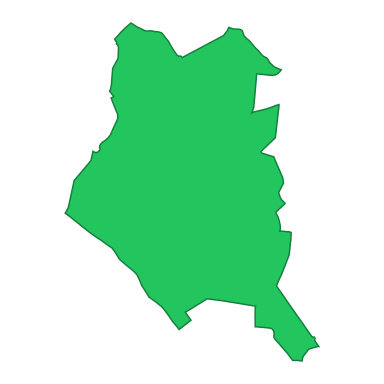 6e Arrondissement, Analamanga, Madagascar
{"feature_id": "10022922B53755400100934", "entity_name": "6e Arrondissement", "entity_type": "district", "adm_level": 2, "iso_a3": "MDG", "parent_name": "Madagascar", "parent_adm1": "Analamanga", "projection": "orthographic", "projection_center": [47.5, -18.868], "detail": "fine", "context": "isolated", "style": "filled", "palette": "green", "viewbox_px": 384, "rotation_deg": 0, "n_neighbors": 0, "source": "geoboundaries", "source_scale": "gbopen_adm2", "svg_char_len": 4933}
<svg xmlns="http://www.w3.org/2000/svg" viewBox="0 0 384 384"><path d="M318.8,346.5L315.0,341.1L314.9,340.6L314.9,340.1L314.7,339.7L314.8,339.2L314.9,338.7L315.1,338.4L314.5,337.6L314.2,337.1L313.9,337.2L313.6,337.2L313.2,337.1L312.5,336.9L311.8,336.4L311.5,336.1L311.4,335.9L310.6,334.8L309.2,332.8L308.9,332.3L307.3,330.2L305.3,327.2L305.0,326.8L303.7,324.8L302.3,322.9L301.1,321.2L300.0,319.7L297.5,316.2L295.1,312.7L292.4,308.9L290.0,305.4L286.1,299.8L283.7,296.3L282.9,295.1L278.5,288.8L276.3,285.6L276.7,285.0L276.9,284.8L278.4,281.2L280.5,276.5L282.0,273.3L283.1,270.5L284.3,267.5L286.1,262.8L287.9,258.3L289.2,254.7L289.7,250.1L290.2,245.0L290.4,243.1L290.5,242.3L290.9,239.3L290.9,236.4L291.1,234.8L291.2,233.4L291.1,232.5L290.6,232.1L288.5,231.7L286.4,231.7L284.5,231.4L282.0,231.1L280.7,231.2L280.0,231.2L279.8,231.2L280.1,230.1L280.3,228.9L280.3,227.5L280.3,226.4L280.2,225.4L279.8,223.5L279.2,220.7L278.7,219.1L278.2,217.3L277.8,216.4L277.0,215.1L276.5,214.1L276.1,213.5L276.0,213.0L276.0,212.5L276.1,212.1L276.5,211.6L277.2,211.0L278.9,209.3L281.9,206.6L282.3,206.2L283.3,205.3L284.4,204.2L284.9,203.8L285.0,203.6L285.0,203.3L284.9,203.1L284.8,202.9L283.8,201.9L282.8,201.0L281.8,200.0L281.1,199.1L280.7,198.2L280.0,196.7L279.7,196.2L279.7,195.7L279.0,193.7L278.7,192.4L283.5,183.3L283.2,180.7L282.8,177.9L273.7,156.8L261.5,153.0L261.0,151.5L261.6,150.9L275.3,137.8L278.9,106.7L278.9,106.1L279.0,104.6L275.3,105.6L273.6,106.5L265.7,109.1L259.6,110.6L253.2,112.1L251.8,112.8L253.8,107.2L256.7,73.8L268.1,75.0L268.4,75.1L269.1,75.2L269.9,75.3L271.4,75.3L272.8,75.3L274.0,75.1L275.0,74.9L275.7,74.7L276.5,74.4L277.1,74.1L277.5,73.8L278.0,73.4L278.8,72.6L279.6,71.9L280.2,71.2L280.4,71.0L281.2,69.8L279.1,69.0L276.3,67.8L274.2,66.7L273.1,65.9L271.8,64.6L270.4,63.3L269.4,62.2L269.0,61.4L268.1,59.7L267.4,58.6L266.5,57.8L264.7,57.0L263.2,56.1L261.9,54.9L260.0,52.7L259.3,51.7L258.0,50.3L255.9,48.4L253.6,45.8L251.8,43.6L249.9,41.3L249.3,40.8L248.3,39.8L247.2,39.0L245.8,37.7L244.6,36.4L243.8,35.3L243.3,34.0L242.9,32.4L242.5,31.3L241.9,30.4L241.0,29.8L240.0,29.4L238.9,29.2L237.8,29.1L236.2,29.1L234.6,29.0L233.7,28.9L233.3,29.0L232.6,28.7L231.6,28.4L231.4,28.3L228.9,27.4L228.5,27.9L228.3,28.2L228.2,28.5L228.1,29.1L227.9,29.5L227.5,30.2L227.2,30.8L226.8,31.3L223.5,35.6L182.3,57.5L181.0,56.2L179.5,56.1L178.2,55.9L176.8,54.9L175.6,53.0L174.2,51.1L171.2,46.3L170.3,44.8L168.7,41.6L166.0,38.4L165.1,37.3L163.9,35.6L162.7,34.0L162.1,33.3L161.2,32.7L158.2,31.8L154.3,31.5L152.0,30.9L149.5,30.8L147.3,31.2L144.3,30.4L141.3,28.9L137.8,27.3L136.1,26.3L133.4,24.5L132.0,23.7L131.3,23.3L131.0,23.2L130.8,23.0L129.7,24.1L128.4,25.2L127.4,26.0L125.8,27.4L124.1,29.1L121.9,31.2L120.9,32.2L119.1,34.3L117.7,35.9L116.0,37.7L115.0,38.8L114.6,39.2L115.1,40.1L116.4,41.7L116.6,44.3L117.7,44.7L118.5,47.7L118.1,57.6L118.1,58.2L112.7,68.3L111.3,85.9L111.0,87.0L110.6,88.8L110.2,89.9L109.5,91.0L110.0,91.8L110.5,92.4L111.3,93.3L112.0,94.2L113.2,95.6L113.8,96.4L112.0,97.6L111.1,98.0L113.3,103.6L115.4,109.0L117.4,113.7L117.5,113.9L117.9,118.3L113.7,127.4L110.2,135.3L107.9,138.0L105.4,140.3L102.4,142.2L101.0,143.8L99.8,145.5L99.6,147.2L99.5,147.8L100.1,148.7L99.9,149.5L99.8,149.8L99.5,150.3L99.2,150.7L99.0,151.0L98.6,151.4L98.3,151.7L97.9,152.0L97.3,152.2L97.0,152.4L96.5,152.5L96.1,152.6L95.6,152.6L95.3,152.4L94.6,152.3L93.7,151.7L93.0,151.3L92.3,154.6L91.5,157.9L91.3,158.8L91.2,159.7L91.2,160.3L74.2,180.5L68.2,208.0L65.2,213.2L70.0,216.7L76.3,221.8L84.4,228.3L91.6,233.9L97.4,237.9L100.6,239.9L107.1,244.7L112.0,248.0L115.6,252.9L118.7,258.0L120.5,260.3L123.7,263.0L126.8,265.6L133.5,271.1L137.1,274.9L138.9,278.7L140.2,281.7L141.7,285.4L146.7,293.3L148.9,297.0L156.3,302.3L157.7,303.5L161.7,306.7L165.1,310.8L168.3,315.1L172.4,321.2L176.9,326.6L179.1,329.5L181.0,328.0L191.0,320.2L185.2,312.1L187.8,310.8L207.2,298.8L221.3,300.6L222.1,300.7L255.3,306.1L255.5,306.1L255.2,308.0L255.2,309.8L255.1,312.5L255.1,315.8L255.2,319.8L255.2,322.6L255.2,324.2L255.2,325.8L255.2,326.8L257.3,326.9L258.7,327.0L259.7,327.1L260.1,327.3L261.5,327.3L263.6,327.4L265.3,327.6L266.1,327.7L266.9,327.8L268.2,327.9L269.8,328.1L271.2,328.4L271.8,328.8L272.5,329.4L273.0,330.0L273.4,330.5L273.7,331.2L273.9,331.9L274.0,333.1L274.0,334.4L273.9,336.3L273.9,337.3L274.4,338.2L275.0,339.1L275.6,339.9L276.4,340.7L277.5,342.1L278.8,343.4L279.7,344.4L280.7,345.6L281.5,346.6L282.8,348.0L284.0,349.5L285.4,351.1L286.3,352.1L287.1,353.0L287.9,354.0L289.0,355.5L289.8,356.6L290.6,357.6L291.4,358.6L292.0,359.5L292.6,360.4L292.8,360.4L293.1,360.4L294.3,360.4L295.7,360.5L297.1,360.4L298.1,360.4L298.7,360.6L298.9,360.7L299.5,360.7L300.7,360.7L301.6,360.9L302.1,361.0L302.2,360.2L302.3,359.7L302.4,358.7L302.8,357.5L303.4,356.1L304.0,355.2L306.7,351.9L307.1,351.3L307.2,351.1L307.4,350.9L307.7,350.4L308.0,350.0L308.2,349.7L308.5,349.4L308.8,349.2L311.3,348.3L313.7,347.6L316.9,346.8L318.6,346.5L318.8,346.5Z" fill="#22c55e" stroke="#15803d" stroke-width="1.5"/></svg>